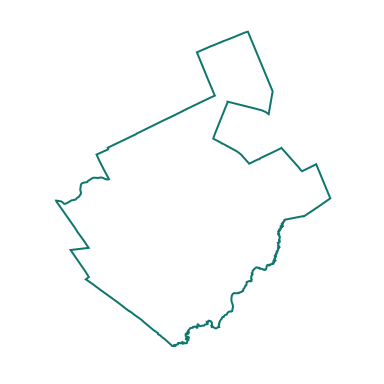 outline of Cosmesti, Teleorman, Romania, rotated 81°
{"feature_id": "2599482B87533780865564", "entity_name": "Cosmesti", "entity_type": "district", "adm_level": 2, "iso_a3": "ROU", "parent_name": "Romania", "parent_adm1": "Teleorman", "projection": "equal_earth", "projection_center": [25.395, 44.317], "detail": "fine", "context": "isolated", "style": "outline", "palette": "teal", "viewbox_px": 384, "rotation_deg": 81, "n_neighbors": 0, "source": "geoboundaries", "source_scale": "gbopen_adm2", "svg_char_len": 6036}
<svg xmlns="http://www.w3.org/2000/svg" viewBox="0 0 384 384"><g transform="rotate(81 192 192)"><path d="M105.2,96.6L42.4,111.7L42.4,112.2L43.0,115.8L46.0,128.3L48.2,138.7L50.5,148.0L50.8,149.9L54.8,165.3L81.7,159.0L100.4,154.4L101.5,158.5L109.5,185.3L110.7,188.7L114.3,200.3L116.7,208.5L125.7,237.7L125.9,237.8L126.1,238.2L135.1,268.3L136.4,268.0L136.6,268.1L136.9,268.6L140.1,280.4L146.7,278.6L156.0,275.6L166.3,272.0L166.5,272.6L166.5,273.3L166.2,274.3L165.2,276.3L164.2,277.6L163.5,279.2L163.3,280.7L163.5,282.9L162.9,284.6L162.8,285.5L162.5,286.8L162.6,287.9L164.5,292.3L165.1,293.4L165.7,293.7L165.9,294.8L165.8,296.9L165.9,297.8L166.2,299.3L166.9,300.2L167.9,300.8L168.6,300.9L172.1,302.0L175.6,301.8L176.3,302.0L178.8,304.2L179.6,305.8L180.0,306.7L181.1,307.9L181.4,309.4L181.4,312.2L183.3,317.0L183.9,319.3L183.6,320.1L181.3,322.1L180.7,323.0L179.4,326.9L179.3,327.6L180.4,327.3L208.3,313.6L213.3,311.5L222.5,306.8L231.0,302.8L230.3,321.0L253.5,309.9L259.8,307.2L261.7,310.5L268.3,303.6L274.2,297.9L289.4,282.6L299.8,272.8L300.2,272.3L300.0,272.2L300.8,271.3L304.2,268.2L309.9,262.3L312.5,260.2L322.3,251.7L326.1,247.6L327.2,247.8L328.4,246.1L331.5,243.5L332.0,242.8L340.4,236.0L340.8,235.9L341.2,234.7L341.2,234.1L340.4,233.8L340.3,233.5L341.5,233.0L341.6,232.8L341.5,232.4L341.3,232.1L340.4,231.7L340.3,231.2L340.3,230.3L340.2,229.7L339.1,229.4L339.0,228.9L339.0,228.3L339.5,227.7L339.7,227.3L338.8,225.4L340.0,225.3L340.5,224.8L340.4,224.5L339.5,224.3L339.3,224.0L339.4,223.6L340.1,222.9L340.5,222.5L340.4,220.8L340.1,220.5L338.6,220.1L338.3,219.8L337.8,218.8L337.3,218.6L337.0,218.8L336.8,219.1L336.6,220.8L336.2,221.1L335.8,221.0L335.5,220.7L335.5,220.4L335.9,219.6L336.0,218.8L335.8,218.2L335.2,217.8L334.9,217.9L334.4,218.5L333.9,220.1L333.6,220.5L333.4,220.7L332.6,220.7L331.6,220.6L331.2,220.4L330.8,219.7L331.0,219.4L331.7,218.8L331.7,218.4L331.5,218.1L330.5,217.1L330.0,216.9L329.7,217.1L329.8,217.8L329.7,218.1L329.5,218.3L329.2,218.2L328.1,217.2L327.6,216.4L327.1,216.0L326.8,215.5L326.1,214.9L326.2,212.5L325.4,212.1L325.6,211.5L325.3,210.1L325.5,209.7L326.7,208.7L326.9,208.4L326.9,208.0L326.4,207.7L324.9,207.7L323.8,207.2L323.6,206.8L323.7,206.5L325.1,206.0L325.8,205.3L325.8,204.3L325.5,203.0L325.8,202.1L325.9,201.1L325.7,200.8L325.2,200.4L325.0,200.1L324.9,199.4L325.0,198.0L324.9,197.3L324.6,197.3L323.4,197.7L322.8,197.7L323.3,196.9L323.3,196.7L323.2,196.5L322.0,196.2L321.7,195.7L322.5,193.7L323.0,193.6L323.7,192.9L325.1,192.9L325.7,193.1L326.7,192.9L326.9,193.0L327.1,193.7L327.3,193.6L327.4,193.3L328.3,193.7L328.6,193.6L328.6,193.3L328.3,192.6L328.4,192.3L329.2,191.6L330.2,190.4L330.4,189.8L330.4,189.0L329.8,188.1L329.8,187.6L329.6,187.2L329.6,186.3L328.3,186.6L327.8,186.3L327.5,185.9L326.5,186.1L326.0,185.8L325.5,185.2L324.4,185.1L323.3,184.0L322.4,183.4L322.1,182.8L321.9,182.5L320.6,181.8L320.3,181.1L320.4,180.3L319.3,179.5L318.9,179.0L318.5,177.8L318.6,177.1L318.5,176.8L316.9,175.8L316.1,174.6L316.0,174.0L316.1,173.2L315.9,172.6L316.2,171.6L315.9,170.9L315.0,170.5L314.2,170.5L312.2,169.6L311.4,169.4L309.4,169.5L306.5,170.0L304.0,169.9L300.4,168.8L299.0,167.6L298.5,166.5L298.5,165.9L299.1,163.6L299.0,162.9L298.7,162.2L299.2,161.8L299.2,161.5L298.5,159.8L298.6,158.9L297.8,157.9L297.8,157.0L297.7,156.9L297.2,156.9L296.9,156.7L296.1,156.6L295.4,155.5L294.4,155.0L293.7,154.3L292.8,154.0L292.7,153.3L292.2,152.7L289.8,152.2L289.5,152.0L289.5,151.3L289.1,150.6L288.9,149.1L289.0,148.7L289.5,147.8L289.4,147.3L288.4,147.3L287.8,146.7L286.6,147.1L286.2,146.8L284.8,146.8L284.5,146.4L284.0,146.3L283.5,145.7L282.2,145.7L282.4,145.1L281.1,145.2L280.4,144.7L279.2,144.3L279.0,143.8L278.2,143.1L276.6,140.6L276.5,140.2L276.7,139.6L277.3,138.7L277.2,137.7L277.5,137.2L278.2,137.2L278.5,137.0L278.5,136.1L278.9,134.9L279.2,134.2L279.6,134.1L280.0,133.4L280.2,132.9L279.9,132.3L280.4,131.8L280.1,131.2L279.6,130.9L278.3,130.2L277.3,130.0L276.0,129.1L275.9,128.7L276.3,128.3L276.6,127.5L276.4,127.3L275.9,127.1L275.8,126.9L276.0,126.7L276.5,126.6L276.5,126.4L275.3,124.5L275.3,124.0L275.7,123.6L275.7,123.4L275.0,123.2L275.2,122.7L274.7,122.5L274.5,122.0L274.2,122.0L273.6,122.4L273.1,122.4L273.2,121.2L272.9,120.3L272.7,120.4L272.4,120.9L272.3,121.4L272.2,121.5L271.4,121.4L271.4,120.7L271.2,120.5L270.7,120.7L270.3,120.7L269.2,119.5L268.8,120.2L268.2,120.3L268.1,120.1L268.3,119.8L268.1,119.1L267.9,119.1L267.6,119.5L267.2,119.5L266.5,118.4L265.9,118.6L265.7,118.5L265.3,118.0L265.2,117.4L264.8,117.3L264.3,117.7L263.9,117.7L263.7,117.4L263.8,116.9L263.7,116.7L263.1,116.5L262.4,115.9L261.8,116.0L260.9,115.8L260.9,114.9L260.7,114.7L260.5,115.4L260.3,115.5L260.0,115.4L259.9,114.9L259.4,114.5L259.2,114.8L259.6,115.3L259.4,115.4L258.5,115.4L258.1,115.0L257.4,115.0L257.0,114.8L255.9,115.1L256.0,114.4L255.5,114.1L255.3,113.4L255.1,113.3L254.9,113.2L254.5,113.8L254.0,113.8L253.8,113.7L253.9,113.3L253.8,113.1L253.2,113.2L253.0,113.5L252.8,113.5L252.2,113.2L251.9,112.8L251.1,112.5L250.1,112.6L249.7,112.2L248.1,113.2L247.9,113.2L247.4,112.6L247.2,112.7L246.9,113.4L246.7,113.3L246.4,112.8L246.0,113.2L245.7,112.8L244.4,113.0L244.3,112.8L244.5,112.5L244.4,112.0L243.6,112.2L243.1,112.0L243.1,111.9L243.5,111.5L243.4,111.1L243.2,111.1L242.9,111.5L242.6,111.4L242.6,111.1L242.9,110.9L242.7,110.4L242.1,110.5L241.7,109.8L240.9,110.1L240.5,110.0L240.4,109.7L240.7,109.2L240.7,108.9L239.8,109.3L239.9,108.5L239.9,107.6L239.4,107.7L239.4,108.3L238.8,108.6L238.6,108.4L238.8,108.0L238.4,107.8L238.2,107.8L238.0,108.4L237.4,108.3L237.0,107.8L237.2,107.1L236.2,106.9L235.8,106.1L234.9,105.7L234.7,105.4L234.8,105.2L234.1,105.0L233.9,104.7L233.2,85.3L233.5,85.2L226.1,69.1L219.9,56.4L184.0,65.0L188.7,80.0L187.3,81.2L185.1,82.3L162.4,96.8L162.7,97.3L164.9,104.3L169.3,119.4L170.2,120.4L170.1,121.6L170.5,123.0L173.0,131.1L163.1,137.4L160.6,139.5L158.1,142.3L153.2,148.7L149.0,154.2L148.7,154.6L148.7,155.0L148.1,155.4L142.7,162.6L142.0,162.4L138.5,160.5L114.2,146.0L108.8,142.7L108.4,142.7L119.7,116.1L122.3,110.2L124.7,106.5L127.1,104.1L105.2,96.6Z" fill="none" stroke="#0f766e" stroke-width="2"/></g></svg>